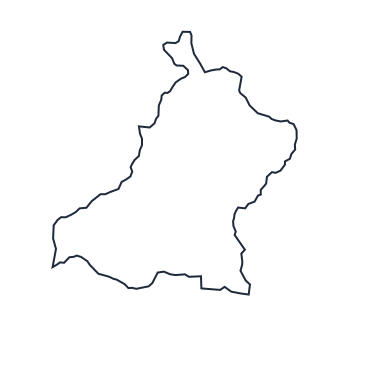 the district of Vale Verde, Rio Grande do Sul, Brazil, rotated 211°
{"feature_id": "56859067B99392255338401", "entity_name": "Vale Verde", "entity_type": "district", "adm_level": 2, "iso_a3": "BRA", "parent_name": "Brazil", "parent_adm1": "Rio Grande do Sul", "projection": "albers", "projection_center": [-52.105, -29.83], "detail": "fine", "context": "isolated", "style": "outline", "palette": "slate", "viewbox_px": 384, "rotation_deg": 211, "n_neighbors": 0, "source": "geoboundaries", "source_scale": "gbopen_adm2", "svg_char_len": 1962}
<svg xmlns="http://www.w3.org/2000/svg" viewBox="0 0 384 384"><g transform="rotate(211 192 192)"><path d="M272.8,55.8L270.2,60.5L268.9,63.7L265.2,65.4L263.5,72.9L259.9,75.6L258.1,78.1L253.7,79.2L246.1,78.8L241.8,76.8L230.1,73.7L219.4,76.7L214.8,77.1L211.4,78.1L202.3,78.3L197.0,76.9L194.0,79.0L189.9,80.3L180.6,88.8L179.1,93.4L179.9,105.3L175.0,109.3L168.5,110.2L163.5,112.2L155.6,117.8L151.0,117.7L140.9,124.4L134.3,114.2L117.4,122.6L115.2,127.5L107.0,126.8L98.3,130.0L90.6,133.3L94.7,142.6L100.4,143.8L109.9,149.5L111.5,155.4L112.9,158.1L118.0,164.6L117.0,169.8L133.3,177.1L134.1,180.6L139.0,184.2L141.8,188.3L142.5,191.3L144.0,194.5L144.5,197.9L144.5,202.4L141.7,203.7L138.0,205.4L137.5,210.8L133.4,216.0L133.6,222.9L131.7,225.2L134.2,229.2L133.2,234.2L132.8,237.4L135.6,243.7L133.7,250.2L130.2,251.5L127.2,255.8L126.4,263.4L128.1,266.0L125.2,270.9L126.4,275.9L125.4,281.5L128.2,285.5L129.8,291.8L134.2,298.8L139.8,302.5L144.2,301.6L146.9,302.5L152.2,298.2L157.4,296.3L161.5,295.6L164.7,296.3L176.2,293.4L187.2,295.9L194.6,300.6L201.5,301.6L203.9,303.3L208.8,316.3L213.2,317.2L218.0,316.4L221.7,315.0L226.1,315.7L229.9,315.0L231.5,311.3L234.3,309.5L238.6,305.7L242.6,301.3L251.6,306.5L261.4,311.4L269.1,319.1L273.1,326.0L276.1,328.2L282.6,324.5L282.3,319.1L281.1,314.4L282.9,311.1L290.3,307.3L292.4,303.3L289.3,299.5L277.9,296.4L273.4,292.9L270.4,292.5L264.5,295.7L258.2,294.4L256.1,291.2L257.3,286.8L259.8,283.5L262.4,277.7L262.8,271.9L262.7,267.3L264.0,264.3L266.6,263.0L267.7,259.0L265.9,255.4L265.0,249.1L260.0,239.9L260.5,236.3L259.5,231.6L261.5,225.5L271.3,220.9L266.5,215.1L262.3,211.9L258.9,206.2L258.3,201.1L256.1,195.5L257.7,189.9L257.8,185.1L257.4,181.7L253.7,178.7L252.8,173.5L255.3,168.1L257.5,164.5L256.6,156.7L262.0,150.0L265.2,145.4L269.3,143.0L273.2,132.6L274.4,124.1L279.9,120.1L281.3,115.0L283.7,110.5L287.2,105.3L291.2,103.0L292.8,98.9L293.4,92.2L287.1,80.6L279.3,73.2L272.8,55.8Z" fill="none" stroke="#1e293b" stroke-width="2"/></g></svg>